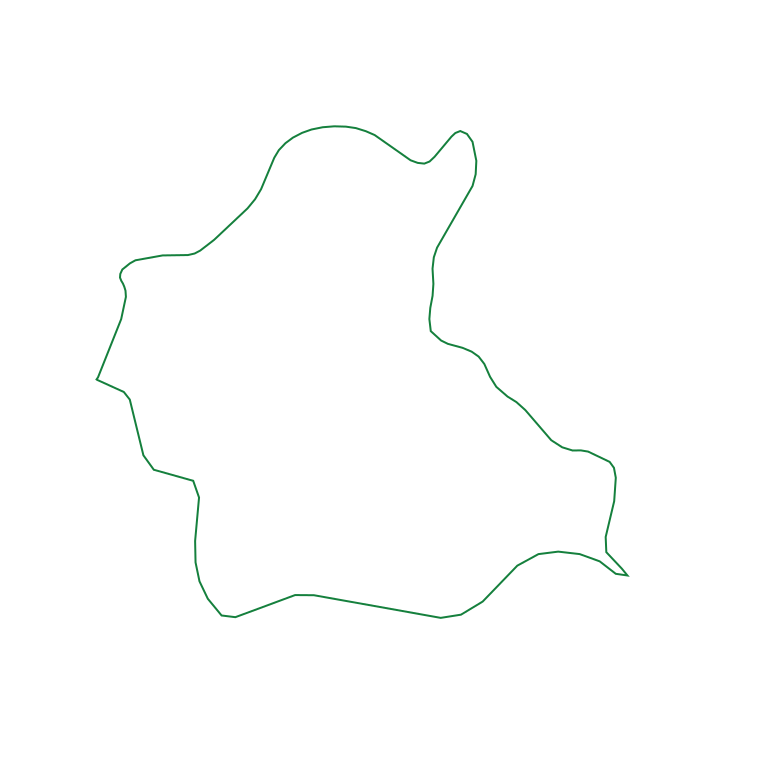 outline of Butha-Buthe, rotated 194°
{"feature_id": "LSO-1211", "entity_name": "Butha-Buthe", "entity_type": "District", "adm_level": 1, "iso_a3": "LSO", "parent_name": "Lesotho", "parent_adm1": "", "projection": "orthographic", "projection_center": [28.556, -28.822], "detail": "fine", "context": "isolated", "style": "outline", "palette": "green", "viewbox_px": 768, "rotation_deg": 194, "n_neighbors": 0, "source": "natural_earth", "source_scale": "10m", "svg_char_len": 1402}
<svg xmlns="http://www.w3.org/2000/svg" viewBox="0 0 768 768"><g transform="rotate(194 384 384)"><path d="M485.6,120.1L503.0,133.0L515.3,147.9L523.7,165.3L529.3,186.0L536.0,229.1L545.7,243.9L586.6,245.1L600.2,256.6L626.9,307.4L634.5,313.3L663.3,318.6L664.0,318.9L663.1,321.3L654.7,383.4L655.5,406.1L657.4,412.0L659.5,415.5L661.6,418.3L663.9,420.6L665.9,423.4L666.5,427.0L665.6,431.8L659.7,439.6L655.1,443.9L629.9,455.2L605.4,461.7L599.3,464.8L594.6,469.0L583.7,482.8L558.9,521.4L553.8,532.1L550.4,543.3L545.2,577.0L542.6,585.5L537.9,593.8L532.0,601.0L524.2,607.9L515.9,613.4L505.6,618.3L494.6,622.0L483.2,624.5L473.2,625.5L462.8,624.9L453.3,623.3L412.3,607.5L404.8,606.7L398.2,607.6L393.6,610.9L389.9,616.7L378.4,640.3L375.5,644.8L371.2,647.9L364.0,646.7L356.7,640.4L348.4,622.9L345.8,609.7L346.0,597.6L365.5,529.1L366.3,519.0L364.8,507.6L360.3,493.1L358.2,481.3L357.5,469.1L355.7,458.0L351.4,446.6L339.1,440.0L331.7,438.4L316.6,438.1L306.8,436.6L298.8,433.5L291.5,427.7L282.8,416.6L274.3,408.4L261.1,401.7L251.2,398.5L240.6,392.9L208.1,369.9L195.8,365.7L184.9,365.1L177.0,367.2L169.6,367.8L146.2,363.0L140.6,358.3L136.4,349.1L132.3,326.0L131.9,289.2L127.6,274.6L108.6,262.4L101.5,257.1L113.2,255.9L131.8,264.1L153.0,266.3L174.4,263.5L193.0,256.3L210.7,240.0L235.6,196.8L253.5,178.8L272.4,170.8L400.9,162.1L419.2,157.7L471.8,121.8L485.6,120.1Z" fill="none" stroke="#15803d" stroke-width="2"/></g></svg>